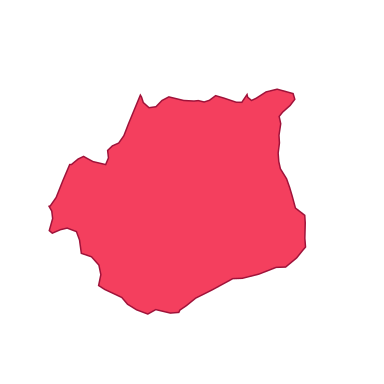 Hagfors, Värmland, Sweden (Robinson projection), rotated 113°
{"feature_id": "70781695B31376401870693", "entity_name": "Hagfors", "entity_type": "district", "adm_level": 2, "iso_a3": "SWE", "parent_name": "Sweden", "parent_adm1": "Värmland", "projection": "robinson", "projection_center": [13.623, 60.101], "detail": "fine", "context": "isolated", "style": "filled", "palette": "rose", "viewbox_px": 384, "rotation_deg": 113, "n_neighbors": 0, "source": "geoboundaries", "source_scale": "gbopen_adm2", "svg_char_len": 1235}
<svg xmlns="http://www.w3.org/2000/svg" viewBox="0 0 384 384"><g transform="rotate(113 192 192)"><path d="M198.3,66.0L190.6,70.0L176.2,75.7L169.4,79.1L166.4,90.5L156.6,98.2L149.7,103.9L142.9,110.1L136.1,119.7L130.1,124.0L122.5,127.9L112.6,130.7L105.8,134.1L94.5,137.0L88.4,141.3L83.1,139.8L74.0,135.5L66.5,133.6L61.9,137.4L64.1,153.8L70.9,162.9L80.7,169.6L84.5,173.0L83.0,177.8L80.8,179.4L90.0,181.2L92.1,186.4L93.1,199.4L94.1,207.9L100.8,211.8L104.4,216.0L105.4,221.9L107.5,225.7L111.0,235.4L113.5,250.5L119.5,255.4L127.6,258.5L131.2,264.5L128.7,271.8L124.4,275.5L123.0,277.4L154.1,277.1L166.8,276.7L175.6,278.6L180.6,283.3L186.7,285.9L193.3,282.2L200.5,282.2L202.7,295.0L202.1,301.4L201.6,305.7L206.1,309.7L213.8,313.7L214.5,315.3L231.8,315.3L250.1,314.9L260.1,317.0L261.0,318.0L264.4,313.6L270.9,309.9L283.3,308.3L284.5,304.5L278.1,298.4L274.0,292.8L273.6,282.9L280.1,276.8L291.7,269.9L290.9,259.2L295.7,249.1L303.7,243.6L314.6,241.4L315.8,234.3L316.5,215.4L320.5,207.5L322.1,197.0L321.6,185.0L314.4,179.4L311.9,164.6L308.0,157.1L305.4,157.0L298.5,152.6L288.3,147.2L274.1,135.1L255.8,120.6L251.8,112.0L241.4,98.3L228.5,85.1L224.5,76.5L211.7,69.9L202.8,67.4L198.3,66.0Z" fill="#f43f5e" stroke="#9f1239" stroke-width="1.5"/></g></svg>